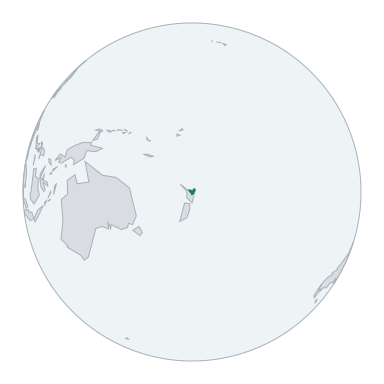 Bay of Plenty on an orthographic globe, rotated 343°
{"feature_id": "NZL-3399", "entity_name": "Bay of Plenty", "entity_type": "Regional Council", "adm_level": 1, "iso_a3": "NZL", "parent_name": "New Zealand", "parent_adm1": "", "projection": "orthographic", "projection_center": [176.715, -38.184], "detail": "fine", "context": "on_globe", "style": "filled", "palette": "green", "viewbox_px": 384, "rotation_deg": 343, "n_neighbors": 0, "source": "natural_earth", "source_scale": "10m", "svg_char_len": 5833}
<svg xmlns="http://www.w3.org/2000/svg" viewBox="0 0 384 384"><g transform="rotate(343 192 192)"><circle cx="192" cy="192" r="169" fill="#eef3f6" stroke="#a8b0b8"/><path d="M201.3,128.6L201.5,129.8L201.3,129.9L201.3,128.6ZM300.7,321.4L301.2,320.7L304.9,317.1L301.8,319.2L304.3,316.4L300.0,320.1L298.4,318.9L292.2,322.9L289.6,321.9L285.4,324.3L286.5,322.9L286.2,322.0L284.3,322.6L290.2,317.1L298.3,312.7L301.0,312.4L302.5,310.3L308.8,308.6L308.4,307.7L318.8,300.3L324.4,296.0L332.3,286.1L325.3,295.8L317.7,304.9L309.5,313.4L300.7,321.4ZM266.0,61.4L265.0,59.0L267.9,61.1L266.0,61.4ZM262.8,57.3L263.5,58.1L262.6,57.3L262.8,57.3ZM261.1,56.4L262.3,57.0L261.0,56.6L261.1,56.4ZM258.9,55.7L260.1,56.0L258.9,55.7ZM255.3,53.8L254.4,53.3L255.4,53.4L255.3,53.8ZM278.4,326.7L288.7,318.0L283.8,322.7L285.2,324.0L278.0,328.9L278.4,326.7ZM280.4,330.7L279.2,332.7L277.5,333.8L278.0,332.6L280.4,330.7ZM93.7,54.6L92.6,55.7L89.9,58.1L84.8,61.8L88.7,58.4L87.3,59.4L93.7,54.6ZM75.0,70.1L74.5,71.0L70.0,76.4L56.0,93.6L48.4,103.9L47.0,106.4L46.3,106.8L41.8,114.8L40.3,122.1L39.1,126.0L33.5,139.5L34.0,136.7L32.1,137.7L29.2,148.4L30.5,150.1L30.9,157.6L28.7,159.2L28.7,153.0L28.0,153.1L30.0,144.3L31.2,140.0L35.3,128.8L40.1,117.9L45.7,107.4L52.0,97.4L59.0,87.8L66.7,78.7L75.0,70.1ZM85.7,312.7L87.2,312.4L88.2,314.2L85.7,312.7ZM51.1,159.1L54.1,157.4L54.2,158.1L51.1,159.1ZM47.8,159.3L51.0,156.8L47.5,161.2L47.8,159.3ZM52.3,155.8L55.6,151.9L57.0,149.6L56.9,151.2L52.3,155.8ZM45.8,161.3L36.3,171.9L33.1,174.7L33.4,171.2L38.7,164.7L45.8,161.3ZM33.2,171.5L28.8,172.0L25.7,163.8L26.7,160.4L30.5,161.0L30.2,163.6L32.9,164.5L33.2,171.5ZM45.5,143.5L45.2,150.1L39.6,155.4L37.3,157.2L35.6,151.5L36.5,146.7L38.3,144.5L47.4,123.5L50.1,123.7L46.8,131.4L49.2,134.1L45.5,143.5ZM52.7,111.8L47.9,120.3L52.8,110.4L52.7,111.8ZM56.5,103.7L56.0,106.0L55.2,104.8L56.5,103.7ZM45.4,109.8L43.4,112.8L44.1,111.2L47.1,106.4L45.4,109.8ZM66.5,81.4L63.6,86.1L62.1,88.1L62.7,86.2L66.5,81.4ZM181.7,200.4L186.6,202.6L184.3,208.8L179.5,215.1L171.6,216.7L181.7,200.4ZM129.5,218.4L124.2,211.4L131.2,209.5L132.7,216.2L129.5,218.4ZM185.4,196.0L187.3,189.7L183.0,181.2L188.8,189.2L196.2,190.6L188.8,202.4L185.4,196.0ZM89.4,198.8L73.8,223.9L69.0,225.7L67.1,219.8L56.4,208.4L57.7,207.6L52.9,198.9L60.3,181.5L64.7,161.0L72.4,157.6L76.1,144.4L85.2,141.2L84.5,150.5L96.3,152.4L98.7,131.7L111.3,149.9L123.6,155.8L133.4,169.9L131.7,198.6L125.6,205.7L122.0,203.4L120.1,207.1L113.6,207.3L105.2,199.6L103.5,203.2L102.9,195.9L101.6,203.0L96.0,198.7L89.4,198.8ZM157.2,142.0L159.9,142.6L165.9,146.7L161.4,145.9L157.2,142.0ZM194.7,132.0L197.1,134.2L193.9,134.2L194.7,132.0ZM201.3,129.9L197.3,130.0L201.3,128.6L201.3,129.9ZM165.2,129.3L167.0,130.7L166.1,131.1L165.2,129.3ZM164.0,128.8L164.8,126.7L165.3,128.9L164.0,128.8ZM149.0,117.8L150.1,116.8L151.0,117.5L149.0,117.8ZM58.8,154.1L62.5,146.1L65.1,144.1L58.8,154.1ZM146.5,115.8L143.1,115.8L143.2,114.8L146.5,115.8ZM146.2,113.4L145.5,111.9L148.4,115.2L146.2,113.4ZM139.2,110.6L143.7,112.8L138.8,110.9L139.2,110.6ZM137.0,111.1L134.0,110.3L134.1,109.9L137.0,111.1ZM108.8,117.5L119.1,124.1L111.9,125.3L103.3,121.8L98.6,128.2L86.6,131.2L88.7,127.3L86.6,123.4L75.5,126.2L73.2,124.4L76.8,120.8L70.1,121.9L77.4,117.1L80.8,121.4L85.1,115.1L93.5,113.3L102.3,112.7L110.4,115.3L108.8,117.5ZM78.3,129.8L79.6,129.2L78.7,131.5L78.3,129.8ZM128.4,107.6L132.7,110.1L132.3,110.8L130.3,110.6L128.4,107.6ZM112.1,113.9L120.3,107.4L122.5,107.1L117.1,113.7L112.1,113.9ZM117.9,104.6L122.1,104.6L124.6,107.0L123.8,107.9L117.9,104.6ZM63.3,131.8L63.2,133.6L61.4,133.3L63.3,131.8ZM65.5,129.6L71.0,128.4L65.1,131.2L65.5,129.6ZM51.1,133.9L52.3,136.5L56.4,131.1L53.3,136.8L56.6,141.0L55.8,144.1L52.5,139.4L52.1,147.1L50.4,148.3L49.0,143.1L50.5,134.6L52.2,130.3L59.9,123.7L51.1,133.9ZM65.2,125.0L63.9,121.6L65.0,118.2L66.4,119.5L65.2,125.0ZM60.7,114.1L58.1,111.8L55.0,115.6L62.0,105.1L63.3,109.0L60.7,114.1ZM59.7,106.1L56.7,109.6L60.3,104.0L59.7,106.1ZM56.4,108.6L56.8,105.8L58.8,104.6L56.4,108.6ZM61.1,105.2L62.9,99.7L63.3,101.9L61.1,105.2ZM58.0,99.8L60.9,101.3L55.9,103.6L59.2,94.5L61.6,92.3L58.0,99.8ZM93.8,56.7L95.1,55.2L98.3,53.3L96.5,54.9L93.8,56.7ZM109.9,46.9L99.6,52.3L91.6,57.4L92.5,57.2L87.8,61.4L88.2,59.9L96.2,53.9L101.7,50.7L105.6,47.9L111.6,44.6L115.1,42.1L118.7,40.3L117.2,41.6L109.9,46.9ZM116.3,41.3L124.6,37.1L129.1,35.4L128.3,35.9L122.6,38.4L120.6,39.2L116.3,41.3ZM128.0,35.6L127.9,35.7L126.9,36.1L128.0,35.6Z" fill="#d9dde1" stroke="#a8b0b8" stroke-width="1"/><path d="M190.2,189.6L190.3,189.7L190.3,189.8L190.4,190.0L190.5,190.0L190.7,190.3L190.5,190.2L190.4,190.1L190.2,190.1L190.3,190.2L190.3,190.3L190.5,190.4L190.5,190.5L190.8,190.5L190.8,190.4L191.0,190.5L191.3,190.7L191.5,190.7L191.5,190.8L192.0,191.1L192.4,191.2L192.5,191.2L192.7,191.3L192.9,191.4L193.0,191.4L192.8,191.4L192.9,191.5L193.0,191.5L193.0,191.4L193.3,191.4L193.3,191.5L193.4,191.4L193.5,191.4L193.8,191.3L194.0,191.2L194.1,190.9L194.3,190.8L194.3,190.7L194.6,190.5L194.7,190.4L194.8,190.3L195.0,190.3L195.0,190.2L195.1,190.3L194.9,190.4L195.0,190.4L195.0,190.5L194.9,190.7L195.0,190.8L195.1,190.7L195.1,190.8L195.0,191.0L194.9,191.2L194.7,191.7L194.6,191.8L194.5,191.7L194.4,191.7L194.2,191.6L194.3,191.6L194.2,191.8L194.1,192.0L193.9,192.1L193.8,192.3L193.7,192.4L193.7,192.5L193.4,192.6L193.2,192.7L193.2,192.8L193.1,193.1L192.9,193.2L192.9,193.3L192.7,193.4L192.7,193.5L192.4,193.4L192.2,193.5L192.0,193.8L192.0,194.0L191.9,194.0L191.8,193.9L191.7,193.9L191.5,194.1L191.4,194.2L191.4,194.3L191.2,194.3L191.1,194.1L190.9,193.8L191.2,193.4L191.3,193.3L191.3,193.2L191.5,193.0L191.5,192.7L191.4,192.5L191.1,192.4L191.0,192.2L190.9,192.1L190.7,192.0L190.6,191.9L190.5,191.6L190.4,191.5L190.3,191.4L190.2,191.3L190.3,191.2L190.2,191.1L190.1,190.8L190.1,190.6L190.0,190.4L189.9,190.2L189.9,189.9L190.0,190.0L190.0,189.9L190.1,189.6L190.2,189.6Z" fill="#22c55e" stroke="#15803d" stroke-width="1.5"/></g></svg>